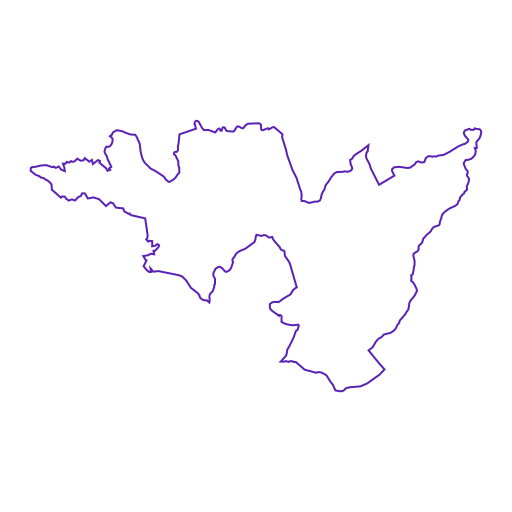 Zongozotla, Puebla, Mexico
{"feature_id": "50627088B26732857587675", "entity_name": "Zongozotla", "entity_type": "district", "adm_level": 2, "iso_a3": "MEX", "parent_name": "Mexico", "parent_adm1": "Puebla", "projection": "natural_earth1", "projection_center": [-97.765, 19.971], "detail": "fine", "context": "isolated", "style": "outline", "palette": "violet", "viewbox_px": 512, "rotation_deg": 0, "n_neighbors": 0, "source": "geoboundaries", "source_scale": "gbopen_adm2", "svg_char_len": 6067}
<svg xmlns="http://www.w3.org/2000/svg" viewBox="0 0 512 512"><path d="M30.7,170.9L35.7,174.8L39.6,176.3L40.6,177.5L42.3,177.7L44.1,178.4L45.6,179.6L47.3,180.3L50.5,183.0L51.5,184.6L51.9,189.7L60.9,197.7L61.9,196.5L64.5,196.6L64.9,196.7L66.3,199.0L67.5,199.5L68.5,200.6L71.9,199.4L75.1,200.5L78.1,197.1L80.5,196.2L81.3,195.2L82.1,193.3L84.6,193.3L85.2,193.9L87.9,198.5L93.5,197.4L99.1,199.2L106.0,206.1L110.4,202.3L113.1,203.4L115.9,207.6L123.2,208.4L124.2,211.2L128.2,213.7L129.5,213.6L129.4,214.0L131.2,215.2L145.2,218.4L147.7,235.6L147.2,238.3L146.2,239.5L148.4,241.6L149.2,240.8L152.2,241.1L152.2,246.3L155.6,245.6L157.3,244.1L159.1,245.2L158.4,247.3L154.9,250.9L154.6,250.6L153.5,250.8L154.2,254.3L151.0,253.7L147.8,255.3L143.3,256.1L145.7,260.0L146.5,260.4L143.6,266.2L146.8,270.2L149.4,272.1L151.0,271.9L150.5,268.3L153.3,271.7L158.4,271.1L178.8,275.2L182.1,276.4L186.4,280.7L190.8,287.7L198.2,293.5L198.6,294.6L199.4,295.1L199.8,297.2L200.7,298.2L202.5,299.7L205.0,300.4L206.8,300.3L209.3,302.5L209.7,300.7L209.4,296.3L209.7,295.0L210.3,293.7L212.5,291.5L214.3,286.9L214.1,286.0L214.2,285.2L215.0,284.2L215.0,278.8L213.4,275.7L213.3,274.2L213.4,273.1L215.4,268.9L218.1,267.0L220.0,266.8L222.2,268.2L224.9,271.3L226.0,271.9L227.8,271.3L229.9,269.9L231.2,267.6L233.1,262.0L232.5,260.9L232.5,259.2L234.5,256.6L236.4,253.4L239.2,251.3L245.4,248.7L254.4,242.1L255.2,240.2L256.0,235.8L256.5,234.8L260.4,235.7L262.2,235.8L263.2,235.2L264.7,235.1L266.0,235.5L269.2,237.6L272.3,237.0L272.6,238.1L273.8,240.3L279.8,247.3L280.6,249.1L281.6,250.0L284.2,250.9L284.5,251.6L284.9,255.9L288.4,260.9L289.8,263.4L296.8,287.4L294.8,288.5L292.9,290.3L290.4,294.5L283.8,298.3L278.7,302.1L274.7,301.9L272.3,302.3L270.1,303.8L269.7,305.8L270.2,308.8L272.3,311.0L279.0,315.8L279.3,315.0L280.3,315.0L281.6,316.1L281.5,321.9L284.9,323.7L287.7,324.5L292.5,325.3L298.3,324.7L298.8,325.6L297.5,330.0L295.9,330.9L293.6,337.6L289.1,346.7L287.3,349.6L286.7,353.7L285.8,356.0L280.7,361.6L284.1,361.7L285.7,361.1L288.7,361.9L289.2,361.4L290.4,361.4L291.4,361.1L292.9,361.4L293.6,362.0L295.8,362.0L304.7,369.7L316.3,372.8L317.5,372.2L319.0,372.1L321.4,372.5L325.8,374.8L326.8,375.8L330.2,381.4L332.9,384.8L335.4,390.4L339.5,391.2L342.2,391.2L344.2,390.1L345.8,388.3L350.0,387.2L360.4,386.4L367.2,383.4L379.6,374.6L384.5,369.4L379.3,363.6L368.6,350.4L372.7,347.2L375.7,342.0L377.4,339.9L378.8,338.6L381.7,337.0L383.8,334.6L390.9,332.7L394.2,330.4L395.8,328.4L397.4,324.9L399.3,322.8L399.3,321.8L399.9,320.4L404.9,314.7L406.8,311.5L408.2,309.9L409.0,306.2L409.2,303.5L410.1,301.2L414.8,295.4L417.0,290.8L416.6,288.8L414.0,283.7L412.7,282.0L411.1,280.8L411.5,277.8L411.1,275.4L412.7,274.4L413.8,268.9L413.8,267.1L414.5,265.7L414.6,261.0L413.3,255.5L413.6,253.8L415.9,252.1L417.2,251.6L418.2,250.2L418.7,249.3L418.5,247.4L418.9,245.7L422.1,242.7L423.4,238.4L424.7,237.3L425.9,235.6L430.8,231.3L431.8,229.2L433.8,227.0L439.1,225.2L439.6,224.2L439.8,222.6L440.9,218.9L441.5,217.9L441.5,216.5L442.6,214.0L445.4,211.3L449.6,208.4L455.1,206.0L457.5,204.1L458.6,200.9L459.7,199.9L459.9,197.8L462.0,195.1L464.3,193.1L464.4,192.0L467.0,189.7L466.8,186.9L466.9,185.8L468.1,183.6L469.1,179.9L468.8,178.4L467.2,176.0L466.9,174.8L467.6,173.1L467.7,171.3L465.7,168.9L463.7,163.8L464.2,162.2L465.8,159.9L467.5,160.0L470.9,159.0L472.8,157.5L475.1,154.7L475.8,151.0L474.9,148.1L475.8,148.3L476.8,147.9L476.3,142.1L479.5,138.3L480.6,135.5L481.3,131.7L480.5,130.0L479.5,129.2L476.6,129.0L474.7,128.4L474.3,129.3L473.6,129.8L470.7,129.8L469.3,128.8L465.0,130.5L464.4,131.2L463.8,133.4L465.2,136.2L466.7,137.7L468.4,140.2L467.8,141.7L464.9,143.9L462.7,144.4L458.3,146.4L449.6,151.8L443.5,155.0L438.8,155.5L436.0,156.6L434.2,156.3L432.6,156.7L428.9,156.1L426.9,157.1L425.7,158.3L424.4,161.9L422.5,162.5L420.3,162.2L418.3,161.3L416.1,162.2L414.8,164.4L410.0,167.7L407.6,168.0L398.8,166.8L393.9,167.4L392.0,169.4L392.1,171.1L394.4,175.6L379.1,184.8L370.8,168.5L369.5,164.1L366.5,158.5L366.0,156.2L366.2,154.0L366.7,152.4L367.7,151.4L368.4,145.2L361.2,150.9L357.1,153.4L353.6,156.0L352.4,158.4L350.1,160.0L350.7,164.5L351.7,166.4L352.2,168.2L351.9,169.4L351.0,170.4L349.6,171.2L347.7,171.8L344.9,171.4L341.7,171.9L337.0,172.0L334.3,173.4L330.8,177.8L328.3,181.9L325.8,184.9L324.3,189.6L322.7,192.1L321.5,194.9L320.9,198.2L320.0,200.4L317.6,201.6L314.9,201.6L310.0,202.8L308.5,202.8L304.1,200.9L301.7,201.0L301.2,199.0L301.7,196.0L301.2,191.6L300.1,189.1L296.6,178.1L292.4,169.8L287.2,155.2L285.9,149.3L282.2,137.6L282.4,134.2L274.1,127.1L272.5,127.3L268.8,129.4L267.9,128.2L262.8,130.2L261.6,130.1L261.2,129.2L260.9,124.6L259.0,123.3L248.3,123.7L246.1,124.8L243.1,128.3L241.7,128.1L238.8,126.5L237.5,126.4L236.7,127.0L234.4,130.7L233.3,131.6L227.1,131.1L225.8,129.9L224.7,127.6L223.4,127.2L222.6,127.7L221.6,130.7L220.7,130.8L219.7,128.9L218.9,128.5L217.7,129.3L215.3,132.4L214.8,132.3L208.6,130.0L203.9,130.1L202.2,128.2L198.6,121.7L197.1,120.8L195.6,121.1L194.7,122.3L194.5,124.5L195.0,124.8L196.0,128.7L179.5,134.3L178.6,143.3L177.9,146.2L178.0,150.1L177.0,151.8L174.8,152.0L173.9,153.3L174.1,154.5L175.4,155.3L178.3,161.4L178.4,165.6L179.2,167.7L179.3,172.7L177.4,174.7L175.7,177.4L173.9,179.2L169.7,181.8L168.6,181.8L165.6,179.4L164.9,177.9L163.5,176.4L155.3,170.9L150.8,168.7L144.7,162.7L143.1,160.0L142.0,157.2L140.6,151.7L139.8,144.2L139.0,141.9L137.8,139.8L137.1,137.7L135.3,134.8L130.6,134.5L125.6,132.8L122.8,131.4L117.0,130.2L113.5,132.0L112.4,133.3L111.9,134.8L109.9,136.2L111.9,137.7L112.5,138.8L112.6,140.3L112.2,142.7L111.0,145.1L109.7,146.2L108.2,147.0L106.5,146.6L105.8,147.2L104.6,150.8L104.5,151.7L105.3,153.7L106.8,156.3L107.6,159.0L111.3,166.9L109.1,168.4L110.2,169.8L107.5,170.8L106.0,168.2L99.3,162.6L100.0,161.3L99.9,160.8L97.9,160.1L92.9,164.0L91.9,159.9L89.3,161.7L84.8,158.1L83.6,160.3L80.6,160.7L77.2,158.7L74.7,161.3L72.3,161.9L71.0,161.1L69.1,162.6L66.7,161.9L65.4,163.8L63.0,163.6L64.3,167.5L64.8,171.1L61.3,169.7L58.7,166.5L55.8,167.9L53.8,166.6L53.1,167.2L52.2,167.1L46.0,165.1L40.3,165.6L36.6,166.6L31.6,167.3L30.8,168.1L30.7,170.9Z" fill="none" stroke="#5b21b6" stroke-width="2"/></svg>